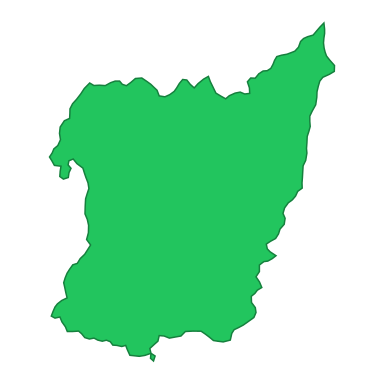 Taquaraçu de Minas, Minas Gerais, Brazil (orthographic projection)
{"feature_id": "56859067B12117567262809", "entity_name": "Taquaraçu de Minas", "entity_type": "district", "adm_level": 2, "iso_a3": "BRA", "parent_name": "Brazil", "parent_adm1": "Minas Gerais", "projection": "orthographic", "projection_center": [-43.685, -19.629], "detail": "fine", "context": "isolated", "style": "filled", "palette": "green", "viewbox_px": 384, "rotation_deg": 0, "n_neighbors": 0, "source": "geoboundaries", "source_scale": "gbopen_adm2", "svg_char_len": 2810}
<svg xmlns="http://www.w3.org/2000/svg" viewBox="0 0 384 384"><path d="M261.8,287.5L259.5,282.0L256.0,276.8L259.4,271.6L259.4,265.0L263.9,261.6L267.8,261.1L272.3,258.6L276.0,255.7L270.1,251.8L267.3,248.9L266.3,244.1L270.3,241.4L275.6,238.5L278.5,233.9L280.0,229.1L284.2,224.3L285.1,218.3L283.0,213.4L284.6,207.9L288.3,202.8L292.4,199.8L295.6,196.0L297.7,191.4L302.2,188.1L302.0,183.0L302.4,177.8L302.7,172.4L303.1,165.8L305.7,160.4L306.9,153.1L306.5,148.5L306.9,143.0L307.2,136.5L308.8,131.6L310.2,126.5L309.8,121.3L309.8,116.1L312.3,110.9L315.7,104.8L316.8,97.3L317.0,91.8L318.3,86.2L319.8,81.1L322.8,77.3L329.4,74.3L334.3,71.4L334.5,65.5L329.9,60.3L326.5,56.0L325.1,52.1L324.1,48.0L323.5,42.9L323.9,38.1L324.6,33.5L324.6,29.2L323.9,23.0L320.1,26.9L317.1,30.4L313.1,35.1L307.6,36.7L303.6,38.5L300.6,41.4L298.5,47.2L294.8,51.2L291.0,52.7L287.0,54.2L281.5,55.2L276.8,56.6L274.6,60.3L273.0,64.4L270.8,68.4L267.2,70.7L263.1,71.0L258.9,73.7L255.2,78.2L250.7,78.0L247.4,81.8L249.4,87.8L249.7,93.4L244.7,94.0L240.2,92.1L235.1,93.1L229.3,95.7L225.7,98.8L221.2,96.3L215.9,93.1L212.9,86.9L210.3,81.6L208.4,76.4L203.6,79.1L198.1,83.6L194.2,87.9L190.2,84.3L186.8,80.0L182.7,79.5L179.4,83.4L176.7,87.9L174.2,91.4L169.8,94.6L164.9,96.8L159.2,95.9L157.0,90.2L153.8,87.2L150.8,84.3L146.8,81.4L141.8,78.0L135.4,78.5L130.9,82.4L126.4,85.7L122.3,84.3L119.6,81.1L115.1,81.1L110.6,82.7L105.3,85.6L99.5,85.2L93.9,85.5L89.7,83.0L84.3,88.5L80.9,93.7L76.6,99.3L72.6,103.7L70.0,108.8L69.9,113.4L69.6,118.4L64.4,120.7L60.2,127.0L59.5,133.4L60.5,139.7L57.8,145.6L53.9,148.8L52.2,152.9L49.5,157.0L51.8,160.7L54.4,165.4L61.0,166.2L60.2,171.1L59.8,176.5L63.4,179.1L68.3,177.5L69.0,172.6L71.0,168.3L68.1,164.9L68.9,160.8L73.2,159.0L76.9,163.6L82.9,168.1L84.5,173.3L85.9,177.4L88.0,182.8L88.9,188.5L87.4,193.0L85.6,198.8L85.2,206.2L85.0,213.9L87.3,219.4L88.6,225.3L88.4,232.8L86.6,239.5L90.6,245.0L87.7,249.6L84.7,254.3L80.2,258.6L77.3,263.4L72.8,264.8L69.7,269.1L67.1,273.2L65.2,277.8L63.7,282.7L64.8,287.7L65.8,292.5L67.1,297.9L61.7,300.5L57.4,303.9L55.0,307.0L53.0,311.6L51.3,316.1L55.0,318.1L59.9,317.0L62.0,322.0L65.4,326.8L67.3,331.5L72.6,331.5L78.6,331.1L81.6,333.7L84.8,337.6L89.4,339.0L94.0,338.1L97.8,340.1L102.3,341.2L106.4,340.2L110.3,341.7L112.8,345.1L116.9,345.4L121.8,346.5L125.7,345.4L127.3,349.6L129.9,355.3L139.3,356.3L144.9,355.4L151.0,353.3L149.8,348.5L154.5,344.2L157.9,341.2L159.2,335.6L164.1,336.0L169.4,338.1L175.4,337.0L181.0,336.0L185.4,331.5L192.9,331.1L201.1,331.2L205.5,334.2L209.7,337.4L213.4,340.5L217.7,341.2L223.2,341.9L230.3,340.1L231.8,333.4L234.1,329.7L238.5,327.6L243.2,325.1L247.9,321.8L253.9,317.5L256.0,312.5L255.3,307.6L251.5,302.5L251.3,296.3L254.9,293.4L257.3,290.2L261.8,287.5ZM151.0,353.3L150.5,358.3L153.5,361.0L155.1,356.0L151.0,353.3Z" fill="#22c55e" stroke="#15803d" stroke-width="1.5"/></svg>